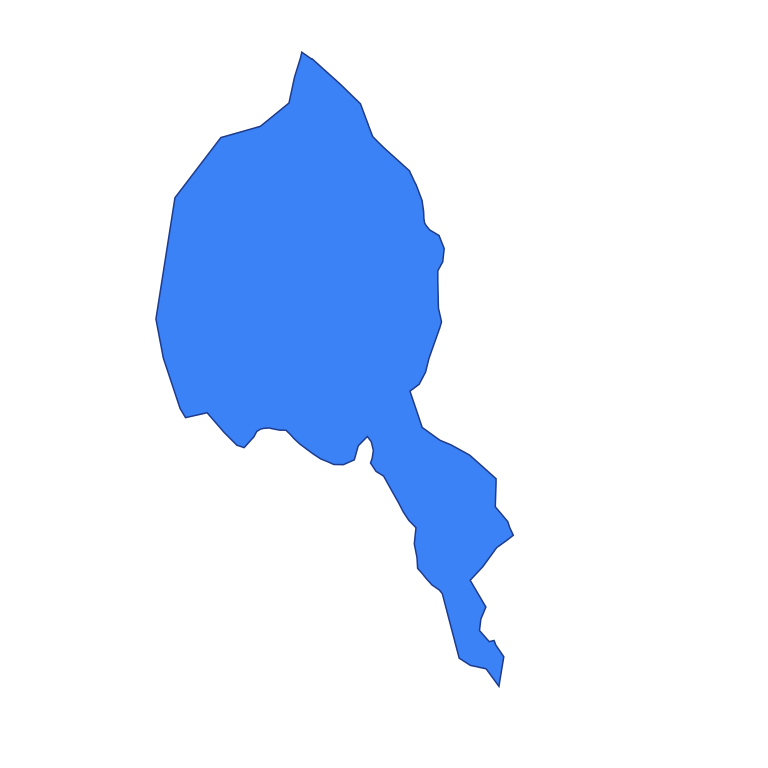 Tendalti, White Nile, Sudan, rotated 138°
{"feature_id": "16777658B96741566185688", "entity_name": "Tendalti", "entity_type": "district", "adm_level": 2, "iso_a3": "SDN", "parent_name": "Sudan", "parent_adm1": "White Nile", "projection": "natural_earth1", "projection_center": [31.956, 13.119], "detail": "fine", "context": "isolated", "style": "filled", "palette": "blue", "viewbox_px": 768, "rotation_deg": 138, "n_neighbors": 0, "source": "geoboundaries", "source_scale": "gbopen_adm2", "svg_char_len": 2341}
<svg xmlns="http://www.w3.org/2000/svg" viewBox="0 0 768 768"><g transform="rotate(138 384 384)"><path d="M220.3,673.8L223.1,685.6L227.2,682.6L245.2,671.9L266.6,656.4L303.4,658.2L340.3,676.3L406.7,663.8L414.7,662.3L510.0,584.9L530.6,551.0L551.9,502.3L554.0,491.8L534.7,481.0L535.2,454.9L534.3,437.0L530.5,430.3L516.0,431.8L510.3,433.9L505.7,433.0L502.9,431.4L498.7,428.1L497.6,426.4L492.4,419.5L487.8,415.3L487.4,409.6L487.4,403.4L486.7,395.6L483.5,379.6L481.1,370.5L478.3,364.8L475.1,357.7L468.1,351.2L456.8,347.5L444.5,355.3L431.5,356.1L432.1,349.6L436.4,341.7L442.4,336.8L446.9,334.3L448.4,324.4L445.9,315.8L449.7,299.3L452.6,286.2L455.3,275.9L456.8,266.0L456.4,255.8L462.4,250.4L468.4,245.0L475.8,232.7L482.4,224.5L482.4,218.3L482.8,210.9L482.8,202.6L480.7,193.7L481.0,189.1L511.6,129.9L508.1,117.1L498.7,104.0L500.9,82.4L489.7,91.4L477.5,101.1L475.6,115.1L473.8,119.7L478.2,122.2L478.0,136.9L469.3,144.5L457.5,150.1L451.3,180.5L432.9,182.1L409.7,187.0L396.8,185.6L389.1,185.1L387.9,189.0L386.7,193.1L385.1,196.6L384.5,198.1L384.4,198.2L384.1,198.9L383.9,205.0L383.8,207.3L383.6,213.5L383.5,217.2L383.4,218.3L379.8,222.1L367.2,235.2L364.1,238.6L365.1,247.9L367.8,272.8L367.9,273.7L369.4,278.1L374.9,293.9L377.7,299.8L380.0,304.6L381.5,311.4L384.5,325.3L384.7,326.1L382.6,331.0L382.3,331.7L378.7,339.9L369.5,361.3L358.0,360.3L353.1,362.1L351.7,362.6L345.0,365.1L335.6,371.5L332.8,373.3L305.5,388.1L299.8,391.6L299.6,391.8L292.8,403.9L288.8,408.6L278.9,420.1L275.0,424.6L268.3,432.1L260.3,434.9L258.7,435.4L248.6,444.4L244.2,456.3L243.8,457.2L243.7,457.4L246.5,466.5L246.8,467.5L246.9,467.9L246.9,469.1L246.7,472.6L246.7,473.2L246.4,474.8L246.2,475.9L246.1,476.4L244.5,478.9L243.6,480.3L241.1,483.3L240.4,484.1L239.3,485.5L238.8,486.1L235.5,491.1L233.0,494.7L230.1,502.1L226.8,510.6L225.9,514.2L224.0,520.3L223.6,521.7L223.3,522.8L222.4,525.4L222.5,526.1L222.5,526.4L222.8,528.6L223.0,531.2L223.2,532.5L223.3,533.7L223.5,535.4L223.5,536.0L223.6,536.7L225.0,549.9L225.7,556.4L225.8,557.6L226.1,561.6L226.5,567.6L226.8,575.5L222.7,586.1L222.0,587.7L221.3,589.5L214.0,608.0L214.7,618.2L214.8,619.7L215.5,630.6L215.8,635.2L216.0,637.0L216.3,640.1L217.5,651.5L218.5,660.8L219.4,669.6L219.5,670.3L219.6,671.7L219.6,671.9L219.7,672.4L219.7,672.7L219.9,673.8L220.3,673.8L220.3,673.8Z" fill="#3b82f6" stroke="#1e3a8a" stroke-width="1.5"/></g></svg>